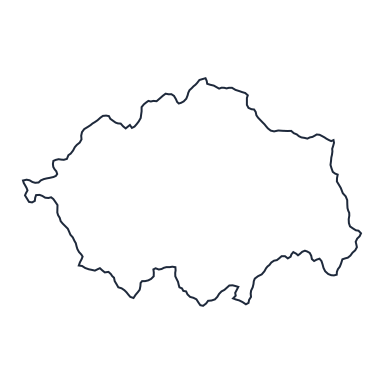 Águas Formosas, Minas Gerais, Brazil (orthographic projection)
{"feature_id": "56859067B69093601500808", "entity_name": "Águas Formosas", "entity_type": "district", "adm_level": 2, "iso_a3": "BRA", "parent_name": "Brazil", "parent_adm1": "Minas Gerais", "projection": "orthographic", "projection_center": [-40.979, -17.037], "detail": "fine", "context": "isolated", "style": "outline", "palette": "slate", "viewbox_px": 384, "rotation_deg": 0, "n_neighbors": 0, "source": "geoboundaries", "source_scale": "gbopen_adm2", "svg_char_len": 4253}
<svg xmlns="http://www.w3.org/2000/svg" viewBox="0 0 384 384"><path d="M333.5,140.1L331.2,141.1L328.8,140.0L326.4,138.7L324.5,137.4L322.3,136.2L319.6,134.8L316.7,134.5L314.7,135.7L312.5,136.9L309.9,137.4L307.4,138.6L304.6,137.9L301.4,137.4L298.9,136.2L296.8,134.4L293.8,133.2L291.2,130.9L287.4,131.0L282.5,130.8L278.3,130.5L274.1,131.4L270.7,130.6L267.9,128.4L266.0,126.2L264.5,124.3L262.4,122.2L259.8,119.5L258.0,117.6L256.4,115.3L255.7,112.0L254.1,109.5L251.5,109.2L248.5,107.9L246.9,104.9L246.9,98.0L247.8,95.3L245.2,93.0L242.1,92.1L239.6,91.2L235.5,89.9L232.0,87.8L228.9,87.8L226.6,88.4L224.2,87.8L221.6,87.7L219.1,88.6L216.8,87.3L213.8,85.6L210.4,84.8L207.2,83.8L206.7,80.9L205.5,78.2L202.4,79.1L199.4,80.0L197.1,83.0L195.4,84.8L193.5,86.3L191.7,88.2L189.5,90.2L188.3,92.7L187.6,95.4L186.3,98.7L183.7,101.4L181.1,102.8L178.8,103.5L177.1,101.9L176.0,99.3L174.0,95.9L171.4,94.2L168.8,94.3L165.6,93.7L162.8,95.8L160.2,98.1L156.6,101.2L153.4,100.9L150.8,101.5L148.4,100.9L146.4,102.3L143.9,104.3L141.6,107.1L141.6,111.3L141.1,114.9L140.7,118.0L138.7,121.5L136.7,124.1L134.5,126.6L131.9,127.9L129.9,125.0L127.9,126.6L125.7,128.4L123.2,126.4L120.7,123.6L117.9,123.4L115.6,122.6L113.2,120.9L110.3,118.8L108.9,116.1L106.1,115.6L102.9,115.9L100.5,117.6L97.5,120.3L94.7,122.2L92.5,123.5L90.6,125.1L88.0,126.8L84.2,129.1L82.0,132.1L81.2,135.7L81.5,139.4L79.7,142.6L76.8,144.9L74.8,147.2L73.1,150.5L70.7,153.6L68.4,155.2L66.9,158.9L63.8,159.8L61.3,159.6L58.6,159.2L55.7,159.9L53.4,160.9L52.9,164.0L53.3,167.0L54.6,169.3L56.3,171.3L57.2,174.0L55.9,175.9L53.5,177.0L49.5,177.9L46.7,178.4L43.8,179.1L40.8,180.4L38.6,182.5L35.2,182.8L32.4,182.0L29.6,180.3L26.6,179.7L23.0,180.5L23.8,183.1L25.0,185.1L26.6,188.0L27.5,190.4L26.0,193.1L25.0,195.4L27.1,198.8L29.0,201.9L32.1,202.4L34.8,200.9L35.2,197.7L36.1,195.1L39.6,194.9L42.3,195.9L45.2,197.7L48.4,198.0L51.1,197.3L53.3,199.0L54.8,201.1L56.1,203.0L57.5,205.1L57.4,208.5L57.3,212.5L58.1,215.2L59.7,217.8L60.7,221.2L62.7,223.6L65.1,226.0L67.8,228.7L69.1,231.6L70.4,234.7L72.8,237.4L74.4,240.8L75.8,243.2L76.6,246.5L77.4,249.1L79.0,252.0L81.4,254.6L82.6,256.6L81.6,259.2L79.9,262.4L78.8,265.5L82.1,266.0L85.2,268.0L88.9,269.3L91.4,269.8L94.9,270.6L97.7,269.2L99.9,268.2L102.2,270.3L104.8,272.4L108.5,271.9L110.9,274.1L112.2,276.1L114.0,277.7L114.7,281.1L116.6,284.3L118.3,287.3L121.6,288.3L124.5,290.3L126.5,292.3L128.4,294.7L130.3,296.9L133.5,298.0L135.6,294.8L137.9,292.1L139.7,289.7L140.4,286.1L140.6,283.0L142.1,281.1L145.2,281.1L148.2,280.4L151.1,278.9L153.7,276.3L153.8,272.5L153.4,269.4L155.6,268.3L158.8,269.5L161.6,269.0L163.9,267.8L166.5,267.1L170.0,267.1L172.3,266.7L175.4,267.2L175.6,270.4L175.2,272.9L175.3,276.3L176.5,278.8L178.0,281.8L178.7,284.8L179.4,287.3L182.0,288.4L183.3,290.9L186.1,291.4L187.5,294.4L190.1,296.9L193.4,297.8L196.4,299.3L198.5,302.6L200.3,305.2L203.1,305.8L206.1,303.5L208.1,300.8L211.5,300.5L214.9,299.4L217.3,296.9L219.1,293.9L221.5,291.4L224.4,289.9L227.3,287.3L229.3,285.5L232.6,285.3L235.3,286.0L238.3,286.9L236.7,290.0L235.2,292.9L235.7,295.7L233.1,298.4L235.9,299.5L239.2,300.4L242.6,302.1L245.9,304.3L248.5,302.9L249.1,299.9L251.0,296.9L250.7,293.6L251.1,290.6L252.7,287.3L253.5,284.0L253.8,281.2L254.8,278.6L258.0,276.2L261.7,274.4L264.4,271.3L266.1,268.2L267.6,266.4L269.4,265.0L271.3,262.5L274.0,260.7L276.9,260.1L279.2,258.3L281.6,256.2L285.0,256.2L287.8,258.4L290.6,256.7L291.4,254.4L293.3,252.1L296.2,253.7L298.0,255.3L299.9,253.9L302.2,251.8L304.9,250.7L307.2,251.5L309.7,252.9L311.2,255.7L311.9,259.1L314.1,261.0L316.7,259.6L319.5,258.7L321.5,261.1L322.6,264.5L323.5,267.9L325.2,271.3L328.2,274.0L331.2,275.2L333.9,275.4L336.7,274.7L336.9,271.8L337.9,269.2L339.8,266.7L341.0,263.7L342.4,259.3L345.4,258.3L347.8,257.7L350.4,255.6L352.5,252.7L355.2,250.3L356.9,247.2L356.4,244.8L355.7,241.8L357.2,238.6L359.6,236.3L361.0,233.3L358.5,230.7L355.9,230.3L352.9,228.4L350.0,226.4L348.9,223.1L348.7,219.2L349.3,215.7L349.2,212.8L348.2,210.6L347.5,208.1L347.3,204.5L347.2,200.1L345.7,196.4L342.8,193.2L341.8,190.6L340.8,188.0L338.8,184.6L336.9,181.5L337.0,178.1L337.7,174.6L335.1,173.6L332.8,171.9L331.5,168.3L330.5,164.9L331.0,161.1L331.3,157.6L332.0,154.6L332.4,151.4L332.2,148.8L333.1,146.1L334.0,142.8L333.5,140.1Z" fill="none" stroke="#1e293b" stroke-width="2"/></svg>